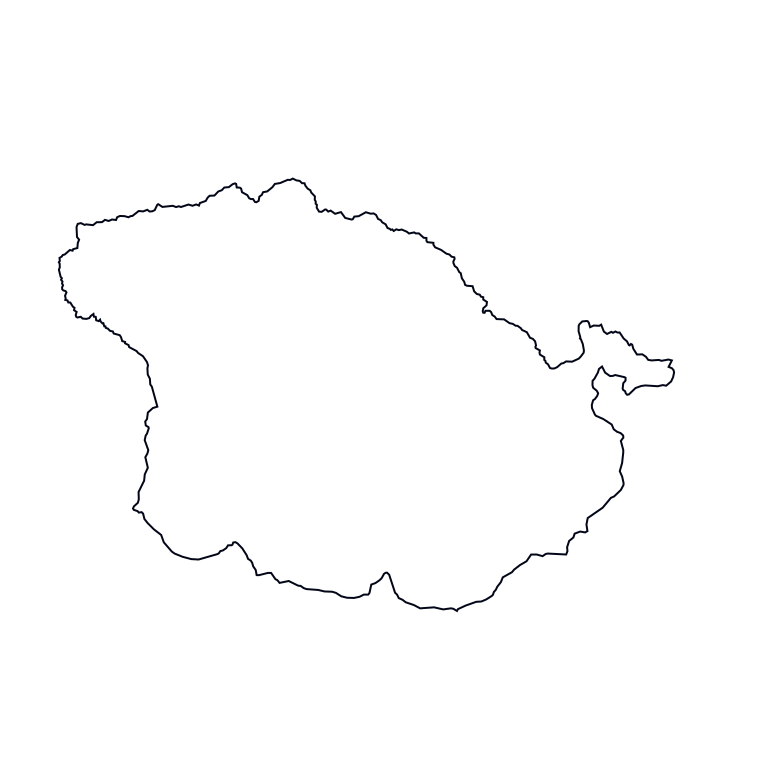 Buesaco, Nariño, Colombia, rotated 344°
{"feature_id": "7082276B67005743436838", "entity_name": "Buesaco", "entity_type": "district", "adm_level": 2, "iso_a3": "COL", "parent_name": "Colombia", "parent_adm1": "Nariño", "projection": "albers", "projection_center": [-77.119, 1.318], "detail": "fine", "context": "isolated", "style": "outline", "palette": "ink", "viewbox_px": 768, "rotation_deg": 344, "n_neighbors": 0, "source": "geoboundaries", "source_scale": "gbopen_adm2", "svg_char_len": 6166}
<svg xmlns="http://www.w3.org/2000/svg" viewBox="0 0 768 768"><g transform="rotate(344 384 384)"><path d="M230.1,154.5L219.8,152.7L216.5,148.9L215.4,149.3L211.5,153.7L208.9,154.1L206.2,153.6L204.5,151.3L200.1,151.7L195.9,150.1L188.5,153.1L186.5,152.8L184.4,153.3L180.8,151.1L176.5,149.7L173.5,150.1L171.6,152.5L167.9,150.9L164.3,151.4L161.0,149.3L157.6,150.7L152.4,149.3L148.1,151.1L141.8,148.5L140.0,148.5L137.0,145.8L133.7,145.7L131.7,148.4L129.4,158.1L130.7,161.2L128.5,164.1L126.7,168.8L122.4,168.7L121.4,170.0L119.0,168.6L112.8,171.5L110.7,171.5L109.3,172.7L106.8,173.4L106.3,176.4L105.0,177.3L105.4,178.9L104.5,182.5L103.0,184.5L102.7,191.8L103.5,193.5L102.3,194.8L103.2,196.8L102.2,198.7L102.7,200.6L101.1,202.5L100.8,204.3L101.5,205.6L103.5,206.9L104.0,208.4L101.7,211.3L101.6,214.1L100.8,215.3L102.8,216.4L103.0,218.6L104.9,219.2L106.3,224.0L107.5,225.4L106.4,227.6L108.4,230.0L106.7,232.7L106.7,234.6L107.7,235.6L111.0,235.8L112.3,238.0L115.9,239.4L118.9,239.4L120.8,237.8L124.0,236.6L123.7,239.3L125.4,240.0L124.9,243.4L127.1,244.9L128.8,243.9L128.8,245.7L130.1,248.2L131.0,248.2L131.0,251.4L132.1,251.8L132.0,253.3L133.8,254.6L135.3,257.4L137.8,258.7L138.1,261.0L143.4,264.2L144.1,266.4L144.2,270.6L146.7,272.2L146.3,273.5L149.2,276.2L149.2,278.3L155.2,284.1L156.2,286.4L160.0,290.9L162.2,297.6L162.3,301.0L160.9,303.7L159.5,309.8L160.4,314.4L159.2,320.0L160.1,322.6L159.9,343.3L155.2,343.4L149.2,346.3L146.5,352.4L144.1,354.3L143.6,358.2L145.7,360.5L145.7,361.7L142.5,366.4L140.7,367.9L138.5,372.0L139.2,382.6L137.4,385.6L134.4,388.6L133.9,399.4L129.1,405.0L126.8,410.8L118.3,420.2L116.5,427.3L114.7,430.3L109.9,432.7L108.4,434.5L108.8,436.0L112.1,438.3L112.9,440.0L115.7,440.4L116.7,442.2L116.5,447.8L118.5,452.6L122.7,460.2L128.2,467.7L128.7,475.5L133.8,486.5L136.0,489.3L142.8,494.6L150.5,499.2L157.4,501.6L177.0,501.6L178.6,501.2L180.6,499.5L183.2,499.6L187.1,498.3L189.6,496.1L193.1,497.0L194.0,496.7L195.4,494.8L197.6,495.1L199.2,496.8L202.5,503.0L204.8,510.8L205.1,514.6L207.2,517.0L208.0,519.4L208.0,523.2L209.4,527.4L208.9,532.6L211.1,533.3L220.3,533.6L223.4,534.5L225.9,541.8L227.4,543.1L228.8,546.4L238.1,547.1L245.9,554.2L248.2,555.1L250.6,558.1L253.0,559.8L263.9,563.8L269.6,567.0L276.9,569.4L280.2,571.5L284.4,576.3L289.6,579.3L296.2,581.4L301.9,581.8L306.5,580.9L310.8,582.1L312.4,580.9L316.5,573.3L320.9,573.0L325.6,571.4L328.1,570.1L331.7,566.5L333.5,565.9L334.9,566.2L336.4,568.8L337.1,587.7L338.5,590.0L339.2,593.9L342.3,596.5L344.7,599.8L351.8,604.7L356.9,609.6L370.6,612.5L378.8,617.0L386.6,618.1L388.7,619.2L391.6,622.3L393.0,620.8L401.3,619.5L412.6,618.8L417.6,619.9L422.8,619.3L429.0,617.5L430.6,616.7L432.2,614.3L434.8,612.6L436.9,610.2L441.8,606.6L444.9,602.6L455.1,600.2L457.9,598.3L464.9,595.5L472.1,593.7L478.4,588.5L483.8,590.0L489.0,593.2L492.5,592.0L494.6,592.1L512.1,598.1L514.3,595.2L515.0,591.4L518.7,585.9L523.8,583.7L526.0,580.4L531.9,579.9L536.4,582.1L539.0,581.5L539.9,574.8L542.9,569.0L560.1,563.2L570.7,556.0L574.2,555.5L582.4,551.2L586.3,547.2L587.0,545.3L587.4,538.7L586.6,532.8L591.1,525.6L595.1,515.8L595.8,513.4L596.0,504.0L599.3,501.5L599.7,499.4L597.9,496.4L594.9,494.2L592.4,490.9L591.7,485.7L585.2,478.2L578.9,472.9L578.3,471.5L577.3,464.6L578.0,461.4L580.5,457.3L582.6,456.6L585.7,454.2L587.3,451.9L586.6,449.0L584.0,445.2L584.1,442.5L585.4,438.4L587.7,437.0L592.8,431.9L594.8,428.8L598.4,427.3L599.7,434.0L603.5,438.7L606.3,439.3L608.7,439.1L617.2,443.8L617.9,444.7L617.1,447.3L614.2,449.2L612.1,454.3L612.3,455.6L613.8,457.5L613.8,459.5L614.8,461.4L616.6,461.5L624.7,457.2L630.7,456.8L634.8,457.4L646.5,461.6L651.7,461.9L654.8,463.4L660.7,460.7L663.8,457.1L666.0,452.9L666.2,450.7L665.1,448.2L662.3,446.0L667.2,440.7L664.2,438.9L657.2,438.2L654.8,436.6L647.7,435.1L644.6,433.6L643.3,430.0L640.5,426.7L635.3,425.4L633.4,419.0L633.4,414.6L632.4,413.6L630.8,414.6L630.1,414.0L629.3,409.9L626.9,406.3L624.7,399.4L622.8,399.0L620.9,397.3L618.2,397.9L616.9,396.5L612.2,397.4L609.8,394.2L609.1,386.8L607.0,387.4L601.7,385.6L597.8,386.2L597.8,381.7L597.1,379.8L596.2,379.3L591.8,378.5L588.2,380.5L587.2,381.7L585.6,386.9L585.6,393.2L584.9,394.3L585.6,395.1L586.1,400.5L585.4,407.0L584.5,409.0L580.8,411.8L578.2,413.3L571.0,414.4L565.3,412.5L562.1,413.4L560.1,413.2L555.2,415.5L552.3,416.0L549.8,415.5L548.0,414.4L547.1,410.3L545.4,408.1L545.5,406.2L544.7,405.0L545.5,402.5L542.0,398.7L542.1,396.8L543.1,394.7L539.7,391.3L539.8,389.9L540.8,388.8L541.0,384.6L539.5,381.6L537.1,379.8L535.6,373.6L531.5,370.0L531.0,368.2L528.4,364.9L526.5,364.2L524.4,361.7L521.4,360.1L517.3,355.0L510.1,352.6L509.0,349.7L507.1,347.5L506.8,344.4L505.8,342.8L501.7,341.6L500.3,343.3L499.0,342.7L499.0,341.1L500.4,338.5L504.2,336.7L505.6,333.5L502.7,330.2L503.3,327.9L501.3,326.8L500.7,324.6L498.0,323.0L496.2,319.8L496.1,314.4L490.8,312.4L489.3,311.1L489.3,307.8L488.0,303.9L488.3,298.6L487.2,297.2L486.2,292.3L484.5,290.2L484.1,286.8L484.4,285.4L486.4,283.1L486.5,281.6L484.0,280.2L482.6,277.6L479.9,275.9L475.8,270.8L470.8,266.7L469.9,263.7L470.4,261.9L464.8,259.6L464.3,258.1L465.0,255.3L462.5,254.4L459.0,248.8L456.0,248.0L454.8,246.6L449.5,246.2L447.9,243.9L443.6,240.4L440.8,240.2L438.4,238.7L435.5,239.6L434.6,237.7L433.0,237.7L432.2,236.3L430.4,235.1L429.6,231.0L426.8,228.0L426.1,225.7L423.8,223.7L423.0,219.4L421.1,217.2L418.1,216.6L413.9,213.9L405.9,215.7L401.6,214.9L399.4,217.0L398.2,217.0L392.5,213.7L390.0,206.9L383.9,206.9L380.5,202.6L377.9,202.9L376.6,200.5L375.6,200.0L371.5,201.3L369.1,200.4L367.9,196.0L368.9,193.2L368.0,191.9L368.7,189.6L368.2,187.9L369.3,184.6L366.8,179.8L366.6,177.5L364.5,175.2L363.1,171.7L362.9,169.1L360.6,168.4L358.9,165.5L355.9,164.1L352.9,161.4L350.1,162.0L347.7,161.2L339.6,162.2L334.2,161.6L330.9,164.1L324.8,166.7L320.6,166.3L318.7,168.5L315.8,169.6L314.0,173.4L311.4,174.1L310.1,173.4L309.1,170.1L307.0,169.5L305.6,168.3L304.7,164.8L300.4,160.5L300.5,156.7L299.5,155.5L296.6,154.5L297.0,150.9L296.1,150.1L293.6,150.2L289.1,152.0L284.7,151.1L281.5,153.0L277.7,153.3L273.0,156.1L268.2,155.0L265.8,156.3L263.1,158.9L256.9,159.3L255.3,161.5L252.9,159.6L249.1,159.9L245.5,157.6L237.6,157.9L235.8,156.6L232.9,156.6L230.1,154.5Z" fill="none" stroke="#020617" stroke-width="2"/></g></svg>